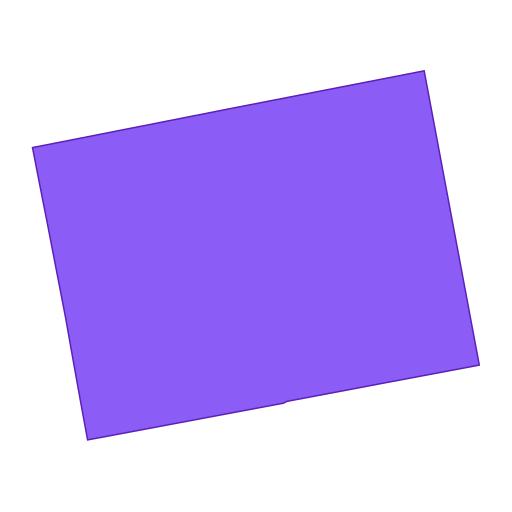 the district of Brown, South Dakota, United States of America, rotated 259°
{"feature_id": "52423323B36671572190514", "entity_name": "Brown", "entity_type": "district", "adm_level": 2, "iso_a3": "USA", "parent_name": "United States of America", "parent_adm1": "South Dakota", "projection": "albers", "projection_center": [-98.311, 45.59], "detail": "fine", "context": "isolated", "style": "filled", "palette": "violet", "viewbox_px": 512, "rotation_deg": 259, "n_neighbors": 0, "source": "geoboundaries", "source_scale": "gbopen_adm2", "svg_char_len": 389}
<svg xmlns="http://www.w3.org/2000/svg" viewBox="0 0 512 512"><g transform="rotate(259 256 256)"><path d="M405.6,256.7L405.3,156.8L405.1,57.3L401.9,57.3L393.4,57.3L368.5,57.3L323.0,57.4L322.6,57.4L231.2,57.3L194.3,56.7L147.1,56.0L107.6,55.6L106.3,254.9L107.4,258.7L106.9,354.6L106.3,454.3L108.2,454.4L405.7,456.4L405.6,256.7Z" fill="#8b5cf6" stroke="#5b21b6" stroke-width="1.5"/></g></svg>